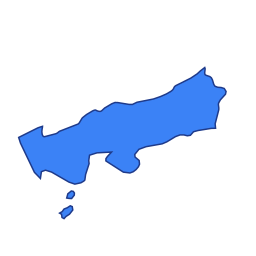 an SVG outline of La Unión, rotated 60°
{"feature_id": "SLV-1350", "entity_name": "La Unión", "entity_type": "Department", "adm_level": 1, "iso_a3": "SLV", "parent_name": "El Salvador", "parent_adm1": "", "projection": "natural_earth1", "projection_center": [-87.879, 13.537], "detail": "fine", "context": "isolated", "style": "filled", "palette": "blue", "viewbox_px": 256, "rotation_deg": 60, "n_neighbors": 0, "source": "natural_earth", "source_scale": "10m", "svg_char_len": 1815}
<svg xmlns="http://www.w3.org/2000/svg" viewBox="0 0 256 256"><g transform="rotate(60 128 128)"><path d="M145.4,24.8L147.5,26.7L149.8,33.9L151.7,37.1L152.9,38.0L156.2,39.4L157.6,40.3L161.3,43.9L167.9,50.4L172.0,52.3L169.9,56.2L165.2,68.6L164.0,73.1L165.5,77.6L164.4,80.5L162.0,83.0L160.0,86.4L159.2,91.2L159.4,101.3L158.8,106.3L153.2,121.7L151.9,129.2L154.3,135.4L156.7,136.4L161.7,134.6L165.1,136.1L166.8,138.4L168.0,141.7L168.5,145.3L167.9,148.8L163.9,154.1L145.5,163.6L145.4,163.6L143.5,162.4L142.4,160.1L140.6,154.3L134.0,167.3L132.3,174.9L136.6,178.3L139.4,179.5L147.1,188.0L151.5,191.4L151.9,192.9L151.9,196.2L150.0,202.1L145.3,206.2L128.0,216.2L123.3,220.5L122.5,224.8L127.9,229.1L119.6,231.2L87.5,228.7L81.5,227.4L82.8,206.0L83.2,203.9L83.8,201.2L84.3,201.5L86.2,203.1L88.2,204.5L90.6,205.5L91.4,205.6L92.2,205.7L93.3,205.3L93.8,204.6L96.9,193.3L97.0,191.6L96.7,190.0L96.6,188.9L99.6,169.3L99.5,168.6L99.3,167.9L99.0,167.3L96.8,163.3L96.5,162.7L96.3,162.0L95.6,157.2L95.5,150.2L95.7,148.4L96.1,147.3L96.5,146.9L97.5,146.3L98.2,145.7L98.8,145.1L99.7,143.9L99.9,143.0L99.9,142.1L99.0,138.2L98.9,129.9L99.4,126.5L100.9,124.1L108.1,115.3L109.8,112.4L110.2,107.3L115.6,91.5L117.0,84.2L117.7,77.8L117.7,72.6L117.5,71.0L117.3,70.3L117.1,69.7L116.8,69.1L115.7,67.5L115.4,66.9L115.3,66.2L115.2,65.3L116.2,48.7L115.7,41.0L114.7,36.6L114.0,31.3L115.3,31.6L118.7,34.1L120.3,34.6L121.4,34.0L124.4,31.4L126.2,30.7L128.5,30.8L133.1,31.9L135.3,31.8L137.6,29.9L139.5,27.1L141.9,24.9L145.4,24.8ZM166.7,220.4L166.5,216.9L168.2,215.6L171.4,216.8L173.4,221.8L173.6,225.9L174.5,228.7L172.5,229.9L169.5,228.7L167.5,229.8L167.5,226.8L166.2,223.9L166.7,220.4ZM157.5,206.9L159.3,208.1L160.9,212.1L159.5,214.3L158.0,216.1L154.9,213.0L154.2,208.6L155.5,207.1L157.5,206.9Z" fill="#3b82f6" stroke="#1e3a8a" stroke-width="1.5"/></g></svg>